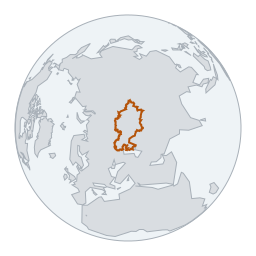 the Earth from above Kazakhstan, rotated 286°
{"feature_id": "KAZ", "entity_name": "Kazakhstan", "entity_type": "country or territory", "adm_level": 0, "iso_a3": "KAZ", "parent_name": "Asia", "parent_adm1": "", "projection": "orthographic", "projection_center": [65.802, 47.999], "detail": "fine", "context": "on_globe", "style": "outline", "palette": "amber", "viewbox_px": 256, "rotation_deg": 286, "n_neighbors": 0, "source": "natural_earth", "source_scale": "50m", "svg_char_len": 15650}
<svg xmlns="http://www.w3.org/2000/svg" viewBox="0 0 256 256"><g transform="rotate(286 128 128)"><circle cx="128" cy="128" r="113" fill="#eef3f6" stroke="#a8b0b8"/><path d="M143.0,16.4L141.7,16.9L139.2,16.4L139.1,16.8L142.2,17.6L144.3,18.1L148.2,22.4L157.8,28.0L163.2,29.2L160.1,29.5L171.9,32.0L178.7,35.8L169.6,31.8L167.5,31.8L171.4,34.4L170.1,34.9L171.2,36.5L169.3,37.0L164.2,35.0L162.8,35.3L165.6,37.2L165.5,39.0L161.6,36.2L161.0,39.2L152.3,36.8L143.4,29.8L137.1,29.8L124.0,26.4L123.7,27.5L118.6,27.2L116.3,28.5L114.5,27.8L114.3,29.5L116.3,30.0L116.9,31.0L115.8,31.8L113.3,30.9L113.5,30.3L112.2,30.5L111.4,29.8L111.2,30.6L108.3,29.6L109.4,32.0L105.7,32.2L104.3,31.2L106.7,29.6L109.3,23.9L108.6,22.7L105.2,22.5L94.0,25.5L92.2,25.2L88.2,25.9L88.1,26.8L91.2,26.6L90.1,28.6L94.0,28.3L94.1,29.2L97.2,29.8L94.3,31.7L89.7,33.2L87.0,32.9L84.9,33.6L85.5,35.7L78.5,37.0L70.6,41.4L69.1,41.7L69.6,38.7L74.6,34.1L75.3,31.2L72.4,35.2L68.6,36.1L66.9,37.3L65.6,38.6L66.1,39.1L64.3,40.0L66.5,36.1L68.2,35.3L67.5,36.4L69.8,34.4L71.3,32.2L69.3,33.1L73.7,29.6L72.3,30.3L72.5,30.1L74.4,29.2L71.0,30.9L71.3,30.7L78.6,26.8L86.1,23.4L93.9,20.6L101.9,18.4L110.0,16.8L118.2,15.8L126.5,15.4L134.8,15.6L143.0,16.4ZM145.4,18.3L142.4,17.6L140.1,16.8L142.7,17.3L145.4,18.3ZM149.7,20.5L147.9,20.2L148.2,19.4L149.1,19.8L149.7,20.5ZM167.3,30.2L165.1,29.0L167.7,30.0L167.3,30.2ZM171.7,36.7L172.7,36.9L172.8,37.7L171.7,36.7ZM98.6,28.8L97.9,29.3L97.7,28.9L98.6,28.8ZM100.6,28.7L100.8,27.9L101.8,27.7L101.6,28.2L100.6,28.7ZM170.1,39.2L170.0,40.5L169.2,38.8L170.1,39.2ZM100.0,29.7L103.5,27.5L105.2,27.3L106.0,29.0L100.0,29.7ZM169.3,41.1L169.2,44.5L171.5,45.2L164.9,45.3L167.2,42.2L165.9,40.0L167.9,41.2L169.3,41.1ZM117.5,29.8L115.2,29.3L118.1,28.9L117.5,29.8ZM119.2,29.3L127.4,27.2L130.1,28.6L126.8,28.9L131.2,30.1L128.6,31.8L125.5,31.5L124.3,30.3L124.2,31.9L119.2,29.3ZM161.3,45.0L160.5,45.6L160.3,44.6L161.3,45.0ZM117.4,31.3L118.8,30.7L121.2,31.8L118.9,33.2L118.8,32.4L117.4,31.3ZM133.7,29.7L135.1,30.9L133.4,32.5L133.7,33.2L128.7,31.9L133.7,29.7ZM117.7,32.6L117.6,34.0L115.4,34.3L116.2,32.0L117.7,32.6ZM122.9,31.5L123.9,32.1L122.6,32.2L122.9,31.5ZM107.5,36.5L109.2,35.6L110.6,36.0L107.5,36.5ZM117.7,34.4L118.5,34.3L119.3,34.4L118.7,35.4L117.7,34.4ZM127.8,33.2L126.8,33.7L129.8,33.8L128.6,35.2L125.5,34.1L126.3,35.1L125.9,35.6L123.8,34.3L127.8,33.2ZM120.5,36.8L116.2,36.1L112.8,37.6L111.5,37.2L117.1,34.9L120.5,36.8ZM122.6,35.4L121.0,36.1L120.1,35.2L120.7,34.1L122.6,35.4ZM128.8,36.5L131.5,34.7L132.1,35.0L128.8,36.5ZM119.7,37.4L120.8,37.5L119.6,37.6L119.7,37.4ZM126.2,36.9L127.1,36.2L127.7,36.6L126.2,36.9ZM122.2,38.5L120.8,38.2L121.1,37.5L122.2,38.5ZM124.2,37.9L124.8,38.6L122.1,37.3L124.4,37.5L124.2,37.9ZM126.7,37.4L127.3,37.4L126.2,37.6L126.7,37.4ZM121.6,41.7L118.1,40.3L118.9,38.5L122.2,40.1L121.6,41.7ZM56.3,214.9L50.5,209.6L40.5,196.6L41.0,193.9L39.6,189.5L33.5,175.0L34.7,170.7L33.5,166.8L30.8,164.3L29.6,159.5L28.1,157.4L20.2,145.6L18.8,137.0L19.8,118.1L22.0,115.7L24.3,109.7L41.2,105.2L42.6,110.3L53.5,119.2L54.5,121.4L50.9,125.5L57.2,139.6L62.0,137.5L70.0,146.8L76.8,150.1L83.3,141.4L72.2,135.8L72.5,129.9L83.3,130.1L93.4,135.2L93.8,133.0L89.4,126.0L93.7,123.4L88.1,123.2L88.9,126.0L85.4,126.1L84.5,123.6L86.0,122.7L83.5,120.3L76.8,125.5L76.9,128.9L69.2,125.9L68.6,131.4L65.8,132.3L65.7,123.4L67.3,121.0L65.5,109.5L63.2,111.6L64.7,122.7L63.4,121.0L60.3,124.3L61.6,120.4L60.5,108.0L54.9,104.6L44.3,108.2L41.7,105.6L41.1,100.4L48.4,92.2L53.3,99.0L56.0,96.5L57.9,89.9L59.3,92.7L60.7,90.9L62.8,93.3L68.8,92.0L71.4,94.0L76.6,89.3L78.6,89.8L75.0,92.3L73.9,95.3L80.8,100.4L82.9,100.2L85.7,96.8L87.2,98.8L89.0,94.9L94.4,96.2L89.4,91.5L92.5,87.8L97.3,86.5L97.4,84.5L89.7,86.7L87.4,88.4L86.9,91.1L79.9,95.5L77.0,94.7L80.9,87.2L77.1,85.4L81.8,80.7L99.8,77.1L105.8,78.0L109.9,87.5L106.9,89.4L103.9,86.8L104.1,92.7L105.3,90.5L106.6,92.3L109.9,89.5L111.0,90.6L112.4,86.1L114.0,87.2L113.1,90.1L119.5,87.2L123.7,88.8L124.7,87.6L124.4,86.0L130.0,89.3L130.4,88.3L128.8,86.8L128.6,83.9L130.4,80.3L132.2,81.6L131.8,83.1L133.7,88.4L132.3,92.4L133.2,92.6L134.9,89.5L132.6,83.0L133.1,80.4L134.7,83.3L134.1,82.0L135.0,81.2L137.5,81.7L136.1,78.5L143.0,68.3L148.6,68.5L149.2,72.0L155.9,67.1L161.7,68.3L160.2,66.8L162.4,63.8L160.6,63.4L160.0,62.5L164.9,55.3L167.4,54.8L167.8,50.5L167.0,49.9L165.1,49.9L164.9,45.3L171.5,45.2L172.9,46.7L176.0,45.8L178.9,49.5L182.7,52.3L184.0,57.2L186.9,59.1L187.8,58.6L192.4,61.1L198.9,68.5L189.7,64.9L179.3,55.3L183.2,59.3L181.2,59.2L181.9,61.2L184.7,64.1L185.8,63.9L184.3,73.5L188.9,83.5L191.4,80.3L194.8,81.2L202.2,91.0L204.3,110.3L208.8,112.6L210.3,115.5L209.0,119.3L206.8,115.1L203.9,115.5L202.8,112.7L200.0,117.8L198.4,114.1L197.0,120.1L199.5,122.1L202.6,118.8L202.1,125.8L207.6,128.1L210.2,133.7L207.7,148.3L202.1,155.6L202.2,157.6L199.0,157.2L196.3,162.8L203.5,169.5L203.8,172.3L198.6,180.7L198.2,178.8L189.7,177.8L189.2,184.9L195.7,187.1L198.0,191.9L193.5,192.4L191.0,188.2L188.0,187.7L188.1,181.9L184.1,174.4L179.5,178.0L179.1,174.3L172.9,168.4L165.9,173.0L155.2,185.3L154.9,194.3L150.7,198.7L142.6,187.0L140.5,178.0L136.6,179.1L129.0,171.2L113.2,169.9L111.8,167.1L108.6,167.9L103.4,164.5L101.7,159.8L98.1,159.4L103.1,171.5L107.0,172.0L111.5,168.5L112.0,172.4L117.1,176.4L108.3,184.3L86.3,187.1L85.6,179.9L76.6,155.8L77.7,153.7L77.7,153.4L77.7,152.9L75.3,156.0L74.3,151.1L77.5,167.7L77.4,173.8L85.9,187.4L84.8,188.1L88.0,191.1L100.1,191.5L99.8,193.6L93.2,201.8L77.7,208.7L80.7,216.4L81.0,221.4L73.4,221.0L76.1,224.7L72.4,223.8L73.5,225.3L71.7,225.1L67.9,223.3L66.2,222.2L56.3,214.9ZM32.9,111.3L31.9,112.9L32.9,111.3ZM102.5,145.6L109.5,147.7L109.0,140.4L111.7,140.6L110.5,138.2L108.9,139.8L106.5,133.1L110.5,131.9L111.0,128.8L108.6,128.0L101.7,131.4L105.2,140.9L102.4,143.1L102.5,145.6ZM68.4,36.4L68.2,36.7L66.7,38.0L66.9,37.5L68.4,36.4ZM63.1,44.2L60.3,45.4L62.4,44.0L62.2,43.3L66.3,39.7L68.5,41.6L66.8,41.3L63.1,44.2ZM72.5,35.7L69.6,37.6L72.7,35.5L72.5,35.7ZM66.3,79.9L66.1,82.0L63.8,83.3L60.5,81.5L63.7,79.5L66.3,79.9ZM66.3,84.9L71.1,78.3L73.3,79.4L71.3,79.8L72.3,81.2L69.2,82.4L66.6,90.1L64.5,91.8L59.5,87.1L62.3,87.6L62.4,85.3L66.3,84.9ZM79.4,61.6L81.5,59.3L83.6,64.5L81.4,66.1L78.0,64.2L78.6,61.2L79.4,61.6ZM100.8,33.4L101.5,32.6L102.2,32.8L102.2,33.7L100.8,33.4ZM108.2,36.0L98.6,37.3L98.9,36.4L93.0,38.6L91.4,37.1L95.3,35.7L89.6,36.3L92.5,34.4L88.6,35.2L97.4,32.2L99.8,30.7L97.8,32.9L99.2,34.3L100.5,34.4L105.9,33.9L111.7,31.7L114.0,32.9L114.1,34.4L113.1,35.1L111.9,34.0L111.4,35.7L108.9,34.8L108.2,36.0ZM113.8,53.9L112.9,51.8L111.3,56.1L108.8,54.8L108.8,55.4L106.1,55.4L102.8,56.4L102.0,55.5L101.0,56.4L99.2,56.5L97.6,57.3L95.6,56.1L93.6,57.1L93.8,55.9L90.7,58.1L92.1,55.9L89.9,56.0L89.7,58.0L82.9,50.1L79.0,48.8L75.0,49.0L77.9,45.5L83.6,43.3L90.1,42.4L93.5,44.3L94.2,42.6L96.0,43.0L94.7,44.2L97.8,42.6L99.0,43.4L104.8,43.2L108.6,40.8L110.8,40.7L109.9,42.1L112.7,41.2L112.5,43.7L114.1,43.8L115.4,46.5L112.7,49.2L114.7,49.1L115.8,51.3L113.8,53.9ZM121.9,42.5L119.2,45.8L116.6,46.7L115.4,41.6L114.0,41.2L113.1,38.2L117.0,36.9L116.9,37.9L117.7,38.5L116.1,38.6L118.0,39.0L117.9,40.4L119.3,41.1L118.0,42.0L121.9,42.5ZM57.0,120.9L58.0,122.1L59.9,123.4L58.0,125.6L57.0,120.9ZM56.1,112.4L57.3,113.0L55.5,116.5L54.5,115.4L56.1,112.4ZM59.4,110.4L57.5,112.8L57.9,110.8L59.4,110.4ZM76.2,92.7L77.6,93.2L77.1,94.2L75.7,95.0L76.2,92.7ZM108.7,67.2L108.6,65.7L109.4,65.5L111.4,62.4L113.4,63.3L112.9,65.5L108.7,67.2ZM80.6,142.2L77.7,143.2L77.1,141.7L78.2,141.7L80.6,142.2ZM66.7,134.4L69.1,137.6L66.1,135.0L66.7,134.4ZM111.2,67.7L111.8,66.3L112.4,67.6L111.2,67.7ZM114.9,63.8L115.9,65.1L113.8,63.0L114.9,63.8ZM99.3,225.7L95.2,231.7L90.1,230.3L88.0,228.0L88.6,223.9L94.1,224.0L96.5,222.2L99.3,225.7ZM216.9,190.0L218.8,188.4L218.7,188.7L216.9,190.0ZM214.9,190.9L217.3,188.8L214.4,191.9L214.9,190.9ZM218.2,188.0L220.6,185.1L221.6,183.6L221.3,184.5L218.2,188.0ZM213.2,192.3L203.4,199.4L199.2,201.1L200.4,199.3L207.1,195.3L213.2,192.3ZM200.0,199.5L193.5,199.7L183.2,193.3L186.9,192.0L197.4,193.8L196.8,195.2L200.8,195.8L200.0,199.5ZM215.2,182.9L214.5,186.6L209.2,190.3L206.7,191.6L205.0,188.5L206.0,185.7L208.1,184.3L215.3,170.8L218.0,170.6L216.0,175.8L218.2,177.0L215.2,182.9ZM155.5,195.0L158.5,199.5L156.1,200.7L155.5,195.0ZM217.5,162.7L215.1,168.7L217.0,161.7L217.5,162.7ZM218.2,156.8L218.7,158.5L217.2,157.7L218.2,156.8ZM202.8,160.4L200.6,162.3L200.2,160.9L202.8,157.7L202.8,160.4ZM212.1,138.5L213.5,142.7L213.5,144.4L211.9,142.6L212.1,138.5ZM129.1,74.7L124.1,77.9L121.9,81.1L122.7,84.2L119.4,81.4L122.9,76.4L129.1,74.7ZM141.1,68.9L140.3,66.4L142.0,66.7L142.5,67.3L141.1,68.9ZM139.6,67.9L136.1,66.4L136.6,64.5L139.3,66.1L139.6,67.9ZM123.5,66.7L121.9,67.6L121.4,66.4L123.5,66.7ZM201.6,213.3L202.6,211.9L203.5,211.2L205.3,208.6L214.9,198.5L222.4,187.2L225.7,183.1L229.4,175.2L232.0,170.6L230.0,175.6L230.6,174.4L227.0,181.7L222.9,188.7L218.2,195.4L213.1,201.8L207.5,207.8L201.6,213.3ZM235.0,163.2L235.7,160.9L235.6,161.3L235.0,163.2ZM221.6,185.5L224.6,180.3L226.0,178.5L221.6,185.5ZM237.7,153.4L237.6,153.9L236.2,159.0L233.9,164.9L234.8,162.1L234.7,160.7L231.6,165.8L230.9,165.5L232.3,162.4L229.8,165.0L232.6,160.1L233.4,161.5L234.9,156.6L236.8,152.8L238.2,149.3L238.9,147.8L238.5,149.6L237.7,153.4ZM232.1,166.8L232.5,166.1L232.0,167.6L232.1,166.8ZM239.3,145.6L239.1,146.4L239.8,141.5L239.3,145.6ZM240.1,138.9L240.1,139.1L240.2,137.5L240.1,138.9ZM226.6,172.4L226.4,173.4L225.6,173.7L226.6,172.4ZM227.6,170.6L229.9,168.3L227.4,171.6L227.6,170.6ZM219.6,176.4L220.4,177.7L223.0,173.7L221.0,177.6L222.5,179.1L221.8,181.0L220.4,179.2L219.4,183.5L218.2,184.6L217.8,182.0L219.2,177.0L220.3,174.2L225.0,168.7L219.6,176.4ZM227.7,168.1L227.1,166.5L227.5,164.2L228.2,164.7L227.7,168.1ZM224.7,162.8L222.4,161.9L220.8,164.9L223.8,157.0L225.5,159.2L224.7,162.8ZM222.2,158.0L220.7,160.7L222.0,156.5L222.2,158.0ZM220.1,160.1L219.5,158.2L220.9,157.1L220.1,160.1ZM223.0,157.2L222.7,153.2L223.7,154.7L223.0,157.2ZM217.8,153.9L221.5,154.6L217.4,156.8L215.4,149.7L217.0,148.0L217.8,153.9ZM215.4,114.6L214.0,112.7L214.9,110.7L215.6,112.5L215.4,114.6ZM216.7,103.0L214.7,109.6L212.9,115.1L214.3,115.1L215.4,119.6L212.3,117.7L212.4,111.2L214.1,107.6L212.7,104.1L212.9,99.9L210.3,96.4L209.9,93.8L212.8,96.0L216.7,103.0ZM209.1,95.1L204.6,88.2L207.2,86.2L208.7,87.2L209.7,91.2L208.3,92.0L209.1,95.1ZM204.3,86.0L202.8,86.8L193.3,79.8L191.9,77.8L200.5,81.8L199.7,82.8L201.6,85.0L204.3,86.0ZM161.6,46.1L160.6,45.6L161.7,45.5L161.6,46.1ZM159.0,62.4L158.4,61.1L159.8,60.9L159.0,62.4ZM157.6,57.7L156.4,58.7L156.9,57.1L157.6,57.7ZM154.0,61.3L155.6,58.9L155.1,62.0L154.0,61.3Z" fill="#d9dde1" stroke="#a8b0b8" stroke-width="1"/><path d="M135.5,139.0L135.1,139.2L135.0,139.5L134.7,139.4L134.3,139.9L133.7,140.3L133.3,140.5L133.2,140.6L132.9,140.8L132.8,141.1L132.7,141.2L132.3,141.6L132.1,141.9L132.1,142.1L132.2,142.3L131.9,142.4L131.5,142.2L131.3,142.0L131.4,141.6L131.2,141.3L130.9,141.3L129.5,141.4L129.3,141.4L129.2,140.8L129.0,139.8L128.3,139.8L128.3,139.2L128.4,137.8L128.0,138.1L127.6,137.2L127.2,137.0L126.7,136.4L126.1,136.7L124.3,136.5L122.6,136.7L121.5,135.3L121.3,135.0L121.3,134.9L118.1,132.3L114.4,133.0L113.6,140.2L112.9,140.2L112.5,139.8L112.1,138.7L111.1,137.8L110.5,137.8L109.6,138.0L109.3,138.1L108.7,138.5L108.7,137.9L109.0,137.3L109.1,137.1L109.1,136.7L108.7,136.5L108.6,136.3L108.2,136.3L108.0,135.8L107.9,135.6L107.4,135.5L107.5,134.9L107.3,134.4L107.1,133.4L106.5,133.0L106.4,133.0L106.4,132.8L106.6,132.5L107.3,132.6L107.7,132.9L108.0,132.9L108.2,133.0L108.1,132.8L107.9,132.7L107.7,132.3L107.6,132.1L108.0,131.8L108.1,131.6L108.3,131.3L108.5,131.4L108.8,131.3L109.7,131.5L110.3,131.8L110.7,131.8L110.3,131.4L110.2,131.3L110.4,130.9L110.7,130.6L110.9,130.1L110.9,129.7L110.9,129.4L111.1,129.2L111.0,128.8L110.9,128.6L110.3,128.4L110.1,128.6L109.8,128.7L109.7,128.5L109.3,128.4L109.2,128.2L108.6,127.9L108.3,128.0L107.8,128.2L107.6,128.2L106.8,128.6L106.0,128.6L106.0,128.8L105.9,128.7L105.8,128.8L105.1,128.2L105.1,127.9L105.5,128.1L105.6,127.9L105.4,126.8L105.0,125.9L104.2,125.5L103.9,125.5L103.8,125.1L103.9,124.8L103.9,124.6L103.5,124.1L103.5,123.8L103.7,123.4L104.0,123.1L104.3,122.8L104.3,122.7L104.1,122.3L104.2,122.1L104.4,121.7L104.6,121.5L105.0,121.3L105.0,121.2L105.1,120.9L105.5,120.6L106.2,121.9L106.3,121.9L106.7,121.8L106.9,121.7L106.9,120.5L107.1,120.6L107.8,120.2L108.0,119.9L108.5,119.8L109.2,119.6L109.9,118.9L110.3,119.1L110.4,119.3L110.4,119.5L110.5,119.5L110.8,119.6L111.3,119.3L111.6,119.3L111.9,119.7L111.9,119.8L112.9,119.9L113.1,120.1L113.2,120.4L113.5,120.7L113.7,120.9L113.9,121.5L113.9,121.9L114.0,122.0L114.2,121.9L114.2,121.3L114.1,121.2L114.3,121.1L114.5,121.3L115.1,121.9L115.4,122.1L115.9,121.9L116.1,121.7L116.5,121.4L116.7,121.5L117.2,121.4L117.4,121.4L117.7,121.8L117.9,121.7L118.2,121.4L118.8,121.5L119.0,121.7L119.4,122.3L120.1,122.5L120.2,122.8L120.5,122.6L120.7,122.2L120.9,122.1L121.1,122.4L121.3,122.5L121.6,122.5L122.0,122.5L122.3,122.4L122.5,122.2L122.8,121.5L122.8,121.3L122.6,121.1L122.1,121.0L122.1,120.9L121.5,120.6L121.4,120.4L121.1,120.1L121.1,119.9L121.5,119.7L121.8,119.6L122.2,119.3L122.0,118.6L122.4,118.1L122.8,118.0L123.5,118.2L123.5,117.9L123.1,117.6L122.6,117.5L122.6,117.4L122.7,117.1L122.9,117.1L123.0,117.0L123.0,116.9L122.7,116.9L122.4,116.8L122.6,116.5L122.6,116.1L122.8,116.0L123.5,116.2L124.2,116.1L124.3,116.0L124.9,116.0L125.0,115.8L125.8,115.7L126.2,115.5L126.5,115.5L127.0,115.4L127.2,115.6L127.3,115.5L127.4,115.2L127.6,115.0L127.9,115.0L128.1,114.9L128.5,114.9L130.1,114.5L130.3,114.4L130.7,114.3L130.7,114.1L130.7,113.9L131.1,113.8L131.3,113.6L131.5,113.4L132.1,113.5L132.9,113.8L133.1,113.7L133.5,113.5L133.7,113.8L134.1,114.8L134.1,115.3L134.0,115.5L134.4,115.7L135.0,115.5L135.2,115.3L135.3,115.3L135.6,115.7L135.6,116.0L135.8,115.9L135.8,115.7L136.2,115.6L136.4,115.9L136.6,115.9L137.0,115.6L137.1,115.9L136.8,116.2L136.7,116.4L136.7,116.6L136.8,116.9L137.1,116.6L137.4,116.5L137.8,116.5L138.0,116.7L138.0,116.3L138.4,116.0L138.7,115.9L138.9,115.8L139.0,115.6L139.0,115.4L139.3,115.3L139.9,114.8L140.2,114.7L140.5,114.5L140.4,115.1L140.2,115.1L140.3,115.3L140.4,115.5L141.9,116.4L142.1,116.5L143.0,117.7L144.6,119.7L145.5,120.9L145.7,120.6L145.9,120.5L145.9,120.4L145.8,120.1L146.2,119.8L146.3,119.7L146.5,119.9L146.7,120.3L147.1,120.2L147.2,120.5L147.8,120.5L148.0,120.5L148.5,120.4L148.7,120.0L149.0,119.9L149.2,119.7L149.4,119.7L149.9,119.8L150.2,119.9L150.3,120.1L150.6,120.3L150.8,120.8L151.2,120.8L151.6,121.0L151.8,121.0L151.9,121.3L152.3,121.7L153.2,121.6L153.5,121.6L153.8,121.0L154.0,121.0L153.9,121.3L154.0,121.4L154.2,121.5L154.6,121.8L154.9,121.8L155.1,122.0L154.7,122.1L154.5,122.3L154.4,122.5L154.5,122.7L154.5,123.0L154.4,123.4L154.1,123.6L153.5,123.9L153.5,124.3L153.5,124.9L153.8,125.7L153.9,125.9L154.0,126.1L153.8,126.5L153.5,126.6L153.3,127.0L153.1,127.2L152.9,127.0L152.4,127.0L152.0,127.2L151.6,127.2L150.7,127.0L150.7,127.5L150.5,129.2L150.4,130.3L150.4,130.5L150.9,130.6L150.9,130.8L150.9,131.2L150.5,131.0L150.1,131.3L149.9,131.2L149.7,131.0L148.6,131.6L148.3,131.7L147.6,132.1L147.4,132.3L147.6,132.5L147.9,132.4L148.3,132.5L148.2,132.7L148.2,132.9L148.3,133.7L148.6,134.1L148.9,134.7L149.0,134.9L149.0,135.2L149.2,135.4L149.2,135.5L148.7,135.8L149.0,136.0L148.6,136.3L148.6,136.6L148.8,137.3L148.8,137.5L148.3,137.1L147.6,137.1L147.2,136.8L147.1,136.6L146.7,136.7L146.2,136.6L145.5,136.7L145.2,136.7L144.4,136.8L144.0,136.7L143.3,136.9L142.4,137.0L142.1,137.3L141.7,137.3L140.9,137.1L140.0,136.7L139.9,136.8L139.6,136.8L139.1,137.3L139.0,138.1L139.1,138.4L138.8,138.3L138.2,138.2L137.3,137.9L136.6,137.8L135.9,138.1L135.6,138.5L135.4,138.9L135.4,139.0L135.5,139.0ZM106.5,132.0L106.4,132.0L106.3,131.8L106.4,131.6L106.5,131.5L106.4,131.6L106.3,131.8L106.5,132.0ZM110.1,131.6L109.9,131.5L109.9,131.4L110.0,131.3L110.1,131.6Z" fill="none" stroke="#b45309" stroke-width="2"/></g></svg>